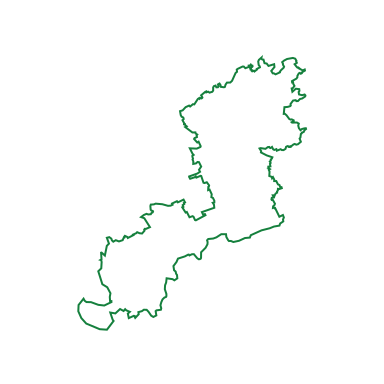 Hama, Hamah, Syria (orthographic projection), rotated 163°
{"feature_id": "27442178B84195179221003", "entity_name": "Hama", "entity_type": "district", "adm_level": 2, "iso_a3": "SYR", "parent_name": "Syria", "parent_adm1": "Hamah", "projection": "orthographic", "projection_center": [36.877, 35.227], "detail": "fine", "context": "isolated", "style": "outline", "palette": "green", "viewbox_px": 384, "rotation_deg": 163, "n_neighbors": 0, "source": "geoboundaries", "source_scale": "gbopen_adm2", "svg_char_len": 5994}
<svg xmlns="http://www.w3.org/2000/svg" viewBox="0 0 384 384"><g transform="rotate(163 192 192)"><path d="M256.2,88.5L255.4,89.8L255.3,92.9L253.5,95.7L251.6,97.9L249.3,99.1L247.4,99.3L246.9,100.0L246.3,102.0L246.4,107.0L245.0,110.7L243.2,113.0L241.5,116.9L236.0,114.3L234.7,112.7L231.3,113.7L230.6,117.0L231.1,118.5L230.9,120.7L232.0,122.4L231.4,126.6L227.3,129.6L224.9,132.4L217.7,132.5L214.0,133.2L213.4,133.1L213.0,132.1L210.3,132.5L208.4,132.0L206.4,127.2L205.2,125.7L204.0,125.5L203.0,125.8L202.5,126.7L200.9,131.7L195.3,134.7L192.5,137.5L191.7,139.6L191.7,141.4L190.2,142.3L185.3,141.3L181.9,141.5L176.3,143.1L171.8,141.7L172.3,139.0L171.5,135.3L171.0,134.3L169.1,133.8L167.1,132.1L161.3,131.6L154.8,132.5L150.0,131.5L148.4,133.5L136.7,135.0L128.2,134.6L123.7,135.0L118.2,134.3L116.9,136.1L113.3,137.2L113.0,139.1L111.6,140.8L111.8,143.4L115.7,142.8L117.2,152.4L117.9,152.3L118.3,153.3L119.2,153.2L118.6,154.6L117.2,155.2L116.1,156.5L117.0,160.8L118.0,161.0L118.2,161.6L117.4,163.1L115.2,162.8L114.6,163.7L114.7,164.5L115.6,164.5L115.7,165.2L113.8,164.7L112.5,166.1L110.8,166.5L110.6,167.6L109.5,168.3L108.9,169.9L107.7,169.3L105.0,169.4L105.0,170.5L106.2,170.7L106.3,173.1L107.6,174.2L108.2,177.8L110.2,178.4L109.7,179.8L110.2,182.5L111.4,181.7L111.4,183.2L113.4,184.7L111.9,188.8L112.1,190.7L110.8,191.1L112.1,192.6L111.5,192.8L111.5,193.9L109.5,193.6L109.2,196.2L108.3,196.8L108.7,198.4L107.4,199.0L107.2,200.0L105.9,200.6L105.0,201.7L109.9,205.2L114.5,209.7L113.9,210.8L114.7,213.9L113.5,213.9L109.1,211.8L106.3,212.8L105.0,212.5L104.9,211.7L104.0,211.1L102.3,211.7L101.9,209.1L101.0,208.2L98.8,208.3L98.8,206.7L94.7,207.0L93.8,205.8L92.2,205.3L90.0,205.9L88.8,207.7L87.8,207.9L86.9,207.9L86.2,206.7L84.6,206.3L84.4,207.0L83.8,206.7L81.1,207.8L79.7,207.9L78.5,206.8L76.7,206.7L73.2,208.2L73.5,211.6L72.4,212.4L70.9,215.7L69.9,216.0L69.6,216.7L67.7,216.7L66.3,218.2L64.5,218.9L64.5,219.7L66.0,220.0L68.4,220.1L70.2,219.4L71.1,221.8L71.0,224.4L69.9,226.2L71.4,227.8L76.0,229.1L76.3,229.6L74.0,230.1L73.8,230.8L75.4,232.3L76.5,232.4L77.6,233.3L79.2,237.8L80.4,239.7L81.4,239.9L78.8,246.1L75.6,245.4L73.0,245.4L72.3,245.8L72.1,247.3L68.6,249.9L66.0,249.5L65.6,248.4L64.1,248.0L61.5,249.4L59.3,249.2L55.8,250.3L55.3,251.2L55.8,252.3L58.4,252.4L61.1,254.0L60.8,256.4L59.7,257.3L59.4,259.0L62.5,260.4L66.7,258.5L66.4,261.9L65.2,261.9L63.0,263.5L63.5,265.6L63.3,267.2L64.2,267.4L64.0,268.8L59.0,269.9L57.7,270.9L57.3,272.2L55.2,274.2L54.0,274.4L53.4,273.3L52.2,273.5L51.8,274.3L48.5,275.1L48.4,276.2L50.5,275.9L53.4,278.7L53.1,278.8L54.0,280.1L55.0,280.4L55.5,281.5L56.5,284.2L54.0,284.9L54.2,286.7L53.8,287.0L54.3,289.3L56.3,290.7L62.2,291.4L65.4,290.8L67.8,289.8L67.5,288.0L67.8,287.2L67.3,284.9L68.1,284.0L71.2,282.5L73.0,281.2L73.0,280.7L77.7,280.1L79.1,281.6L80.1,281.9L80.8,284.6L76.6,287.4L76.1,290.2L82.0,290.2L83.0,293.0L85.0,294.0L84.9,297.7L86.0,298.1L86.8,299.3L86.3,300.2L89.4,298.8L90.5,297.5L91.1,294.0L90.5,292.4L90.6,291.4L94.1,290.7L94.1,290.1L97.0,289.0L97.3,289.9L98.9,289.8L98.9,290.6L99.5,290.6L99.5,292.3L100.2,292.2L100.2,293.8L98.2,294.0L98.3,294.5L97.3,294.7L97.3,295.2L98.1,295.5L98.5,296.6L99.1,296.1L100.8,296.3L100.8,295.0L104.8,294.8L105.8,296.8L106.9,297.2L112.3,296.4L113.4,296.0L113.8,293.8L115.5,293.1L121.2,286.6L123.4,285.5L126.6,286.4L128.5,284.9L129.8,282.9L130.8,282.8L133.6,284.1L133.5,286.2L134.0,287.7L135.7,287.3L135.7,285.1L136.6,284.6L138.1,285.0L138.4,286.9L140.2,286.8L141.2,285.8L142.1,282.8L143.3,281.9L146.2,281.9L147.2,283.2L149.1,283.1L149.0,284.0L150.1,283.9L155.0,281.8L154.4,279.4L154.7,279.0L155.5,278.7L156.9,279.7L157.6,278.9L158.2,279.6L159.3,279.2L164.2,275.1L165.4,275.7L168.8,274.3L169.5,275.5L173.3,275.0L177.1,272.8L179.8,272.8L180.3,268.8L179.9,267.0L178.6,265.8L178.5,265.0L178.7,264.1L180.1,263.5L179.4,260.2L179.8,259.2L178.9,259.0L179.0,258.1L177.9,256.4L179.5,256.1L174.2,248.8L171.3,248.0L171.4,246.9L170.2,245.4L171.0,244.9L171.2,243.1L173.8,242.8L174.5,242.1L172.5,237.8L171.0,238.2L170.3,233.3L170.8,232.6L174.8,232.1L181.3,234.4L180.3,228.4L179.6,227.0L181.0,226.6L181.3,225.7L181.3,223.5L182.0,222.8L181.8,220.9L182.6,218.5L179.7,218.2L178.0,219.1L176.6,218.5L175.8,213.6L178.8,211.2L178.4,209.0L181.5,208.1L190.2,207.7L190.3,207.0L189.9,205.2L185.2,205.3L183.8,205.8L183.6,204.5L179.1,205.0L178.5,204.6L178.3,197.5L177.4,196.9L175.0,197.0L173.7,193.3L174.4,192.1L174.9,192.1L176.0,189.1L174.5,189.2L173.8,184.1L175.0,181.4L173.7,180.2L173.2,177.1L173.7,175.5L175.3,175.6L174.7,173.4L175.3,170.4L188.4,169.9L188.0,167.1L186.1,167.1L185.9,165.9L196.6,163.8L197.3,164.3L197.8,167.9L198.5,168.7L201.8,168.6L202.8,174.4L204.1,174.2L205.8,180.2L204.6,180.3L204.7,182.2L203.0,182.7L203.0,183.9L201.7,184.1L202.3,187.2L208.1,186.3L208.7,186.3L209.1,187.6L214.5,186.8L214.3,185.5L216.5,185.2L219.0,185.8L224.0,189.0L230.2,191.5L232.0,191.3L235.1,192.0L235.9,190.8L236.7,187.2L236.2,186.0L235.1,185.4L235.0,184.6L235.6,184.0L237.0,183.7L237.9,182.8L240.4,183.3L241.9,184.4L244.8,184.1L248.0,182.9L245.3,180.9L242.5,170.7L246.9,170.2L247.9,170.6L248.7,170.0L248.7,168.9L251.9,166.9L254.2,167.9L256.2,169.6L257.4,168.9L260.8,168.5L260.6,167.9L266.8,166.8L266.9,167.8L269.0,169.7L270.1,168.9L270.0,168.2L270.9,168.0L272.4,166.2L276.3,166.1L279.0,168.2L281.8,167.5L282.7,169.1L282.8,171.0L284.3,173.0L286.8,173.1L286.5,166.9L289.2,165.4L293.9,156.7L296.2,160.5L296.7,160.5L298.2,154.1L299.4,153.8L298.7,153.3L298.9,151.4L301.1,145.5L304.8,143.6L304.7,130.0L300.9,125.7L299.6,119.0L301.3,115.7L302.3,111.3L301.0,111.2L301.2,110.3L309.1,109.1L314.6,111.5L320.8,116.2L325.1,117.6L326.4,119.3L326.9,121.7L333.5,117.1L335.6,111.2L334.7,103.8L331.6,97.1L320.4,87.8L313.6,85.2L304.7,91.6L305.2,93.0L305.4,100.6L300.8,98.3L295.0,101.1L292.2,98.2L290.2,99.5L289.5,98.1L286.5,95.6L288.9,94.5L289.3,89.9L283.8,90.6L282.9,89.9L283.3,89.4L283.1,88.2L278.7,90.7L278.4,92.8L274.7,92.7L272.5,93.5L269.8,92.6L268.6,90.2L267.2,85.7L265.5,83.8L262.2,84.4L261.6,88.7L260.6,89.2L256.2,88.5Z" fill="none" stroke="#15803d" stroke-width="2"/></g></svg>